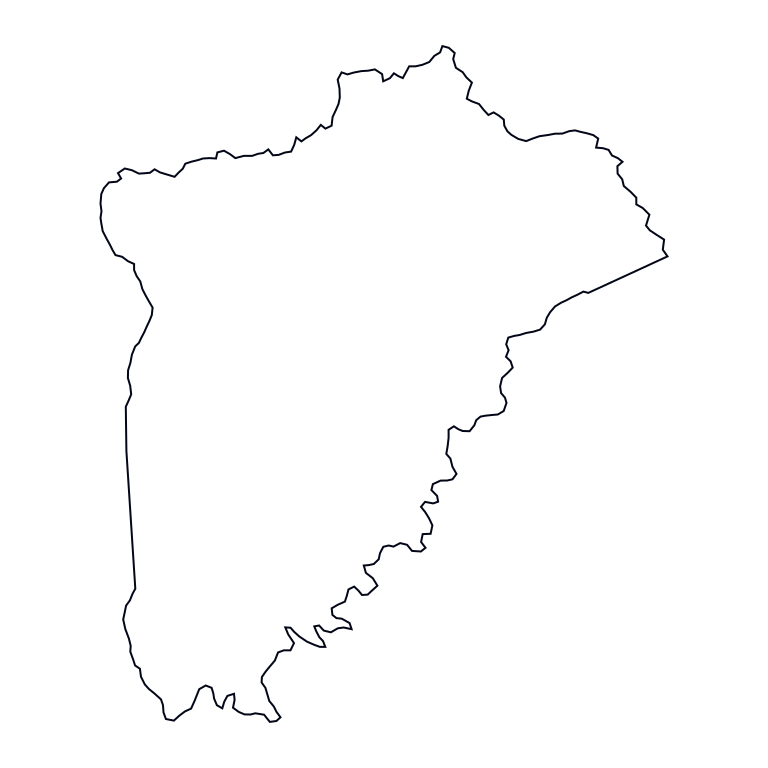 the district of Painel, Santa Catarina, Brazil
{"feature_id": "56859067B85496542343557", "entity_name": "Painel", "entity_type": "district", "adm_level": 2, "iso_a3": "BRA", "parent_name": "Brazil", "parent_adm1": "Santa Catarina", "projection": "orthographic", "projection_center": [-50.065, -27.98], "detail": "fine", "context": "isolated", "style": "outline", "palette": "ink", "viewbox_px": 768, "rotation_deg": 0, "n_neighbors": 0, "source": "geoboundaries", "source_scale": "gbopen_adm2", "svg_char_len": 4043}
<svg xmlns="http://www.w3.org/2000/svg" viewBox="0 0 768 768"><path d="M341.6,72.4L337.7,79.6L339.5,88.5L339.8,97.6L338.5,104.0L335.9,110.0L332.6,117.0L331.6,125.7L325.4,128.6L320.8,124.9L316.5,130.3L311.1,135.1L305.5,138.4L301.4,141.4L296.3,137.3L294.2,144.9L291.1,151.6L285.0,152.5L278.6,154.9L272.9,155.3L268.3,149.4L263.4,153.0L258.0,153.8L252.1,155.9L243.8,155.9L235.3,158.1L230.1,154.2L224.0,150.7L217.4,152.4L216.0,158.5L209.4,158.1L202.9,158.5L198.3,160.0L191.4,161.7L185.3,163.7L182.8,168.7L178.7,172.5L174.6,176.8L166.6,174.4L160.0,172.4L154.6,169.3L149.9,172.8L143.8,173.3L138.9,173.6L131.9,170.2L124.8,168.5L118.0,173.1L121.1,178.5L116.9,181.7L109.0,182.4L103.9,188.2L101.3,194.0L100.5,203.5L101.5,211.4L100.5,217.8L101.3,223.3L102.7,231.1L106.8,239.1L109.9,244.7L112.6,250.2L115.5,255.1L122.1,256.8L128.0,261.2L134.1,264.0L134.1,270.1L136.7,276.2L140.3,281.5L142.4,289.2L145.7,295.6L148.5,300.6L152.6,307.6L151.8,315.1L149.3,321.2L146.8,326.4L144.3,332.1L141.2,338.0L138.9,342.9L135.2,346.4L131.9,354.7L130.4,362.9L128.1,370.2L127.9,378.0L130.2,385.8L131.2,394.3L128.7,400.4L125.8,406.7L126.4,451.1L135.3,588.7L132.5,593.9L129.9,600.4L126.1,605.6L124.8,611.9L123.2,619.5L125.3,629.0L128.9,638.6L130.7,645.9L130.3,651.7L133.0,659.1L135.1,665.5L139.9,668.7L141.0,676.8L144.8,684.4L148.9,689.0L154.6,693.6L161.0,699.4L163.0,705.2L163.5,712.4L165.9,719.0L173.9,720.6L179.4,715.6L185.0,711.4L191.1,708.6L194.7,700.6L199.2,689.2L205.7,685.5L211.6,687.8L213.3,693.3L214.1,698.6L216.9,705.2L222.3,708.3L224.3,701.6L227.4,695.9L234.0,693.8L234.6,699.9L233.0,707.7L238.7,711.9L244.5,714.4L250.6,714.5L255.3,713.3L264.1,714.7L269.8,721.9L276.4,721.0L280.5,717.3L276.5,711.9L273.9,706.6L269.3,701.0L267.5,694.9L265.4,687.8L261.6,682.5L261.9,677.0L265.7,671.5L269.3,667.1L274.9,660.5L278.0,652.5L283.8,650.3L290.5,650.3L294.0,643.1L288.2,634.4L285.3,627.4L290.5,627.7L294.1,631.8L299.2,636.4L306.9,641.6L314.2,644.8L319.9,646.9L325.3,646.9L323.0,641.0L319.4,637.3L316.3,631.4L314.3,626.4L319.1,625.5L323.8,630.6L330.9,632.3L337.8,628.3L343.7,627.5L351.6,629.2L349.6,623.1L341.8,618.7L336.4,618.1L332.4,614.9L331.7,608.3L337.7,604.8L344.9,601.6L346.7,596.2L348.5,589.4L354.2,586.6L358.5,590.7L362.0,595.0L367.7,594.6L371.3,591.2L377.4,585.7L372.8,578.2L365.9,572.9L363.8,565.5L368.7,565.1L373.8,564.0L378.7,559.3L380.0,553.2L383.3,546.8L388.7,545.5L393.5,546.6L400.2,543.1L407.1,544.8L412.0,550.9L420.9,551.5L425.5,547.8L421.1,542.0L422.7,534.1L430.6,533.8L432.4,525.4L429.1,518.4L425.2,512.1L421.0,506.9L425.0,501.9L433.2,503.4L438.1,501.7L437.1,495.9L431.4,490.1L432.9,484.1L440.6,480.6L447.3,480.5L452.5,479.3L456.5,473.9L452.5,466.9L450.4,458.6L446.3,453.9L447.6,446.4L448.6,437.9L448.6,429.8L453.9,426.3L458.3,429.2L462.7,431.0L469.6,431.2L474.4,425.2L476.2,420.2L480.5,416.6L485.4,415.7L490.8,415.1L497.8,414.5L503.7,411.0L506.5,402.9L505.0,397.7L501.1,393.1L500.1,386.4L502.1,377.9L507.5,373.0L512.7,367.6L510.6,361.3L506.0,356.8L508.6,350.2L506.2,344.3L508.3,337.6L514.2,335.9L519.6,335.0L526.0,333.0L533.7,331.6L540.1,329.6L544.9,324.3L546.8,317.7L550.2,312.1L555.1,306.4L561.3,302.6L566.4,300.3L571.6,297.4L577.7,294.6L583.4,291.6L588.3,292.9L667.5,256.4L662.8,249.7L664.1,239.6L656.4,234.7L649.8,230.3L646.0,225.6L649.4,214.7L642.7,208.0L636.3,204.4L636.3,197.7L630.9,192.1L623.8,186.0L622.2,179.3L617.6,173.6L617.4,166.2L622.5,161.8L617.8,158.1L612.0,155.5L608.6,149.9L603.0,148.2L596.1,147.6L598.2,138.6L593.3,135.1L586.6,133.2L580.7,131.9L575.1,130.4L569.4,131.1L562.3,133.6L554.9,133.7L548.1,135.0L539.5,136.2L532.8,138.5L526.2,141.1L518.2,138.9L511.3,134.8L507.4,131.3L504.3,125.7L503.8,119.6L499.0,115.7L493.6,112.4L488.4,115.0L483.6,109.8L479.0,104.0L471.9,101.4L466.8,98.7L468.8,90.6L471.9,82.6L466.3,77.3L462.7,72.2L455.9,67.8L453.2,59.1L454.7,53.0L448.8,47.8L442.4,46.1L440.1,52.4L434.4,55.8L429.3,62.0L422.4,64.8L415.7,66.3L409.2,66.3L402.8,78.1L398.3,76.1L393.9,73.3L389.9,78.2L383.2,81.3L382.1,74.1L374.9,69.4L368.1,70.7L361.4,71.1L353.6,72.6L347.5,74.4L341.6,72.4Z" fill="none" stroke="#020617" stroke-width="2"/></svg>